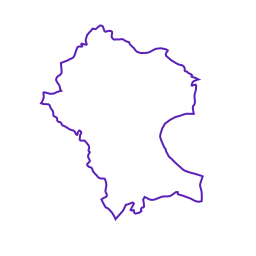 outline of Phu Tho, Phú Thọ, Vietnam, rotated 286°
{"feature_id": "81297802B95846226867008", "entity_name": "Phu Tho", "entity_type": "district", "adm_level": 2, "iso_a3": "VNM", "parent_name": "Vietnam", "parent_adm1": "Phú Thọ", "projection": "albers", "projection_center": [105.237, 21.414], "detail": "fine", "context": "isolated", "style": "outline", "palette": "violet", "viewbox_px": 256, "rotation_deg": 286, "n_neighbors": 0, "source": "geoboundaries", "source_scale": "gbopen_adm2", "svg_char_len": 4154}
<svg xmlns="http://www.w3.org/2000/svg" viewBox="0 0 256 256"><g transform="rotate(286 128 128)"><path d="M214.1,141.6L213.9,139.8L213.8,138.0L212.8,135.3L211.8,133.0L209.4,130.3L207.8,128.7L206.4,127.2L205.3,124.9L204.4,122.2L203.6,119.7L203.6,117.2L203.8,115.6L204.6,113.9L206.2,112.0L208.2,108.0L209.4,106.3L210.5,105.6L210.9,105.2L210.7,104.6L210.9,101.9L211.3,100.6L211.8,99.1L211.8,97.7L210.6,94.9L209.9,92.1L209.2,90.7L209.3,89.5L210.0,88.2L210.9,87.3L212.4,86.8L213.3,86.8L214.4,86.7L216.0,86.2L216.4,85.3L216.4,83.6L214.5,79.9L214.3,79.7L214.7,78.6L216.0,77.7L218.6,75.9L219.0,74.9L219.1,73.6L218.6,72.7L216.5,71.2L214.6,70.0L213.9,69.1L213.9,68.4L213.7,66.5L211.0,65.6L209.9,64.8L207.4,63.7L206.0,63.0L204.6,63.1L201.9,63.0L200.8,63.1L198.8,64.1L198.0,64.7L197.3,65.2L196.6,65.1L196.4,64.1L196.4,61.4L196.3,60.3L195.5,60.0L194.8,60.9L194.0,61.5L193.5,61.2L193.0,59.2L192.7,58.1L191.9,57.2L188.3,56.8L183.2,56.6L181.4,56.2L180.0,55.4L177.5,52.4L176.4,51.5L174.5,48.9L173.0,46.9L171.9,45.6L167.1,47.5L163.9,48.6L163.0,48.9L162.2,48.9L161.2,48.6L159.7,47.5L158.1,46.2L156.9,45.6L155.4,45.4L153.9,45.9L151.4,48.4L150.8,49.4L149.6,50.6L147.0,51.9L145.3,53.6L144.8,52.4L142.5,49.2L141.2,48.0L140.3,46.2L139.4,43.7L139.4,43.0L139.3,40.3L139.3,38.5L139.3,37.7L138.9,37.1L138.3,37.0L136.1,38.0L133.9,38.6L130.1,38.3L127.8,37.6L127.7,38.9L128.0,41.5L128.9,44.8L128.6,45.7L128.1,46.6L126.0,48.0L124.6,49.7L123.7,51.0L121.9,52.0L119.7,52.7L119.0,53.3L118.7,54.8L118.5,56.0L118.0,57.1L115.9,57.8L115.0,58.7L114.8,59.4L114.9,60.7L114.9,61.5L114.6,62.1L113.0,63.5L112.5,64.1L112.1,67.2L111.2,70.5L110.7,71.8L110.5,74.1L110.5,75.5L110.4,76.7L110.1,77.6L109.0,78.5L107.5,80.0L107.3,80.6L107.5,81.1L108.5,81.2L110.0,81.0L111.4,81.5L112.1,81.8L112.1,82.5L111.7,83.3L111.1,84.2L110.7,84.4L109.6,84.3L108.3,84.0L107.1,84.0L105.9,84.4L104.2,84.5L103.3,84.9L102.9,85.7L102.9,86.5L103.2,87.3L103.8,89.0L103.9,89.8L102.1,92.6L100.5,94.8L99.2,95.8L97.9,96.2L96.3,96.1L95.5,96.2L94.9,96.7L94.5,97.7L93.8,98.0L92.2,97.3L90.5,97.3L89.6,97.5L88.9,97.8L87.0,99.6L86.1,100.3L85.4,100.5L82.7,99.1L81.8,98.7L81.0,99.1L79.9,100.9L79.9,102.4L79.8,103.7L78.5,105.1L76.8,106.2L75.4,108.1L74.2,110.3L73.3,111.6L72.4,112.9L72.0,114.3L71.9,115.5L72.4,117.3L72.8,119.3L72.8,119.5L71.2,120.9L69.3,122.1L66.4,123.1L62.3,123.5L60.5,123.9L58.5,125.8L57.1,126.3L56.2,126.2L55.6,125.8L54.3,124.1L52.0,122.1L47.8,126.0L46.4,127.5L45.7,128.3L45.2,130.5L44.8,131.8L42.2,136.0L39.3,139.1L36.9,141.1L46.6,145.8L49.0,146.4L53.5,147.1L55.0,149.5L57.3,152.4L57.6,152.9L57.6,153.4L56.9,154.5L51.6,153.4L49.9,153.1L49.7,154.8L50.5,155.6L50.6,156.3L48.1,157.5L47.8,158.9L49.7,162.2L51.8,163.8L52.9,163.1L54.0,162.8L55.4,163.4L56.0,164.7L56.8,165.1L57.7,164.8L60.6,163.7L63.3,162.3L66.3,163.0L65.6,166.7L65.2,168.7L65.4,169.6L65.5,170.9L66.5,173.2L69.1,176.7L70.9,178.9L71.6,180.1L72.8,183.4L73.1,184.9L74.2,187.2L76.4,189.3L79.4,191.5L80.0,192.9L80.0,193.6L78.3,194.0L78.0,195.5L78.1,199.2L77.4,207.8L76.4,212.3L76.4,215.7L77.1,217.4L78.0,219.0L82.9,217.7L87.3,216.2L88.6,215.4L92.7,213.0L95.4,212.8L102.1,213.1L102.3,211.4L102.4,205.5L102.3,199.9L102.5,195.2L103.0,192.8L104.9,188.8L107.6,183.2L110.4,178.2L111.9,175.1L113.9,173.2L116.0,171.1L117.9,170.2L119.9,167.7L125.1,163.5L127.7,161.7L129.1,161.1L130.8,160.9L132.6,160.9L133.6,160.9L137.4,161.1L139.2,161.6L141.9,162.2L142.3,162.3L144.7,164.1L147.5,166.3L151.5,170.4L154.2,174.8L156.5,178.0L157.9,180.5L159.7,187.3L163.3,185.6L165.5,184.6L167.4,184.6L168.4,185.2L169.7,185.4L172.4,184.9L174.5,184.0L177.9,182.8L181.3,182.8L184.1,182.6L185.6,182.3L187.6,181.8L188.3,181.1L188.2,180.5L187.2,179.1L186.4,178.0L186.4,177.5L187.4,177.3L188.9,177.4L190.2,177.6L191.2,178.4L193.6,181.4L194.1,182.3L194.7,179.3L194.8,176.2L194.7,175.4L195.1,174.8L195.6,175.0L196.4,175.0L196.9,174.2L197.2,172.4L197.6,170.5L198.2,169.5L198.5,168.8L198.4,167.6L198.3,167.2L198.6,166.8L199.4,166.4L200.8,166.2L201.5,165.7L202.3,164.9L202.8,164.0L203.2,162.9L203.0,160.0L203.1,158.7L203.6,156.1L204.4,153.5L204.8,151.4L207.7,145.0L208.4,144.3L209.4,144.0L211.3,144.1L212.8,144.9L213.6,144.8L214.0,143.4L214.1,141.6Z" fill="none" stroke="#5b21b6" stroke-width="2"/></g></svg>